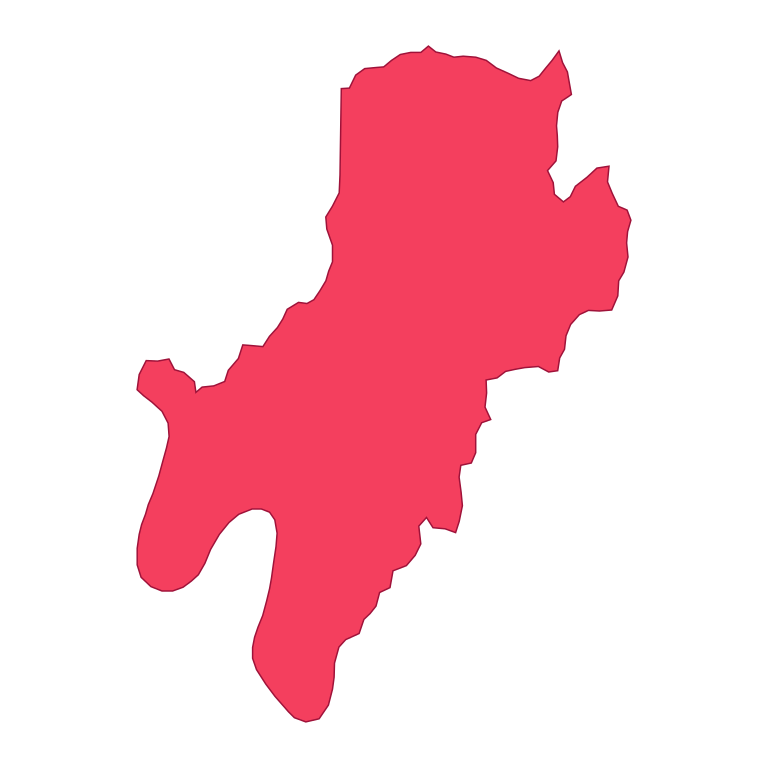 outline of Zortéa, Santa Catarina, Brazil
{"feature_id": "56859067B42450400254673", "entity_name": "Zortéa", "entity_type": "district", "adm_level": 2, "iso_a3": "BRA", "parent_name": "Brazil", "parent_adm1": "Santa Catarina", "projection": "equal_earth", "projection_center": [-51.539, -27.486], "detail": "fine", "context": "isolated", "style": "filled", "palette": "rose", "viewbox_px": 768, "rotation_deg": 0, "n_neighbors": 0, "source": "geoboundaries", "source_scale": "gbopen_adm2", "svg_char_len": 2370}
<svg xmlns="http://www.w3.org/2000/svg" viewBox="0 0 768 768"><path d="M341.3,88.6L340.0,175.0L339.2,192.9L332.5,206.1L325.8,217.0L326.8,229.0L332.5,245.2L332.5,261.8L328.7,271.1L325.9,280.8L319.9,290.8L313.9,299.7L307.0,303.5L298.5,302.4L287.2,309.3L282.8,319.0L277.4,327.6L269.5,336.3L262.9,346.6L250.5,345.5L242.8,344.9L238.4,358.5L228.3,370.3L224.7,381.5L213.7,385.9L202.1,387.1L195.9,392.4L194.4,381.7L183.8,372.4L174.5,369.7L169.0,359.0L157.6,361.1L146.2,360.6L139.2,374.5L137.1,389.7L143.6,395.7L151.9,402.1L162.0,411.3L168.1,423.1L169.1,436.5L166.5,447.9L162.9,460.9L158.8,476.0L152.9,493.7L148.3,504.6L145.5,514.3L141.6,524.6L139.2,534.3L137.2,548.3L137.2,564.9L141.1,577.3L150.9,586.6L162.0,591.0L172.6,591.0L183.1,587.2L191.3,581.1L198.3,574.8L204.9,563.3L210.6,549.4L219.4,534.3L229.0,522.5L238.7,514.3L252.1,509.0L261.4,509.0L269.6,512.2L274.8,519.8L277.1,533.2L276.0,546.7L273.5,563.5L271.5,578.0L269.6,588.7L266.6,601.1L262.7,615.6L258.1,626.9L254.6,637.2L252.6,647.5L252.6,658.3L256.5,669.6L265.8,684.1L275.1,696.5L282.3,704.7L288.5,711.8L294.4,717.7L305.8,721.9L319.1,718.8L328.4,705.1L332.5,689.1L334.1,677.2L334.5,663.1L338.9,647.1L345.7,639.6L359.1,633.5L363.9,619.4L370.1,613.5L376.0,606.1L379.6,592.5L390.0,587.6L393.0,570.8L406.4,565.6L415.2,555.3L420.8,543.9L418.8,526.1L426.5,517.5L433.0,527.7L445.1,528.8L455.6,532.6L459.2,521.4L462.4,505.7L461.1,492.2L459.1,477.1L460.8,465.3L471.3,463.0L475.7,452.7L475.7,434.4L481.7,422.7L490.7,419.5L485.0,407.1L486.6,393.0L486.1,380.0L497.1,377.9L505.6,371.4L515.2,369.3L524.7,367.6L538.4,366.5L548.7,372.0L557.7,370.7L559.7,357.9L564.5,349.3L566.0,335.8L570.6,324.5L579.4,314.6L588.4,310.4L599.5,311.0L611.7,310.0L617.8,295.9L618.7,280.8L623.9,272.1L628.0,257.0L626.6,242.9L627.6,231.6L630.9,220.2L627.1,210.1L618.3,206.3L612.2,193.3L607.5,181.9L609.0,166.2L596.9,168.1L587.2,177.1L575.4,186.3L570.3,196.7L563.4,201.9L554.4,194.3L553.2,182.6L547.5,170.6L556.0,160.9L557.7,146.8L557.3,135.7L556.5,125.8L557.8,112.3L561.7,101.0L571.4,94.5L569.1,81.6L567.4,71.9L562.6,62.7L559.0,50.9L552.1,60.4L545.6,68.2L539.2,76.2L530.7,80.6L518.6,78.3L508.4,73.4L496.4,68.0L486.3,60.4L475.8,57.2L463.2,56.2L453.9,57.2L445.9,54.1L435.8,52.0L428.4,46.1L420.9,52.4L410.8,52.4L400.3,54.5L391.5,60.4L383.7,66.9L376.3,67.5L364.7,68.6L355.7,75.1L349.4,88.1L341.3,88.6Z" fill="#f43f5e" stroke="#9f1239" stroke-width="1.5"/></svg>